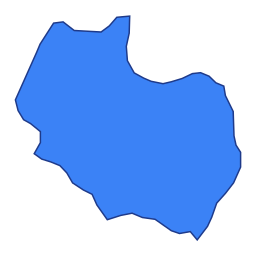 the district of São Sebastião de Lagoa de Roça, Paraíba, Brazil
{"feature_id": "56859067B7602471111252", "entity_name": "São Sebastião de Lagoa de Roça", "entity_type": "district", "adm_level": 2, "iso_a3": "BRA", "parent_name": "Brazil", "parent_adm1": "Paraíba", "projection": "natural_earth1", "projection_center": [-35.852, -7.089], "detail": "fine", "context": "isolated", "style": "filled", "palette": "blue", "viewbox_px": 256, "rotation_deg": 0, "n_neighbors": 0, "source": "geoboundaries", "source_scale": "gbopen_adm2", "svg_char_len": 816}
<svg xmlns="http://www.w3.org/2000/svg" viewBox="0 0 256 256"><path d="M129.7,16.1L116.8,17.3L109.3,25.9L101.1,32.0L90.3,31.4L74.2,30.5L63.1,21.9L53.6,23.1L40.1,44.1L36.7,52.2L15.4,99.9L18.1,110.6L23.6,119.7L30.6,123.6L40.4,131.6L40.4,142.6L34.2,153.7L41.7,159.1L50.7,161.9L59.9,165.6L66.8,172.9L72.6,182.9L83.4,190.0L92.1,194.3L96.9,205.0L107.3,219.7L120.8,215.4L132.1,213.2L142.4,217.5L155.1,219.3L171.3,230.7L179.5,233.5L190.3,231.6L197.2,239.9L207.5,226.4L211.7,217.3L216.7,203.1L225.4,193.4L233.6,182.8L240.6,167.1L240.6,152.3L236.0,145.1L234.0,135.9L233.6,124.0L233.2,111.5L225.4,95.6L223.8,86.1L215.9,82.8L209.1,76.2L200.6,72.7L192.4,73.6L182.1,78.5L171.2,81.8L163.0,83.7L151.1,81.3L143.7,78.1L134.2,72.9L127.4,60.7L126.3,46.4L129.2,33.1L129.7,16.1Z" fill="#3b82f6" stroke="#1e3a8a" stroke-width="1.5"/></svg>